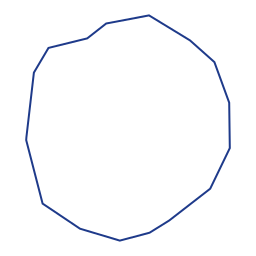 outline of Isiro, Orientale, Democratic Republic of the Congo
{"feature_id": "63176286B55213243416233", "entity_name": "Isiro", "entity_type": "district", "adm_level": 2, "iso_a3": "COD", "parent_name": "Democratic Republic of the Congo", "parent_adm1": "Orientale", "projection": "robinson", "projection_center": [27.634, 2.767], "detail": "fine", "context": "isolated", "style": "outline", "palette": "blue", "viewbox_px": 256, "rotation_deg": 0, "n_neighbors": 0, "source": "geoboundaries", "source_scale": "gbopen_adm2", "svg_char_len": 328}
<svg xmlns="http://www.w3.org/2000/svg" viewBox="0 0 256 256"><path d="M26.2,140.1L42.6,203.6L80.0,228.7L119.8,240.6L149.6,232.7L169.2,220.5L210.2,188.7L229.8,148.1L229.2,102.7L214.4,62.1L190.0,40.4L149.0,15.4L106.2,23.5L87.2,38.4L48.5,47.9L33.9,72.6L26.4,137.3L26.2,140.1Z" fill="none" stroke="#1e3a8a" stroke-width="2"/></svg>